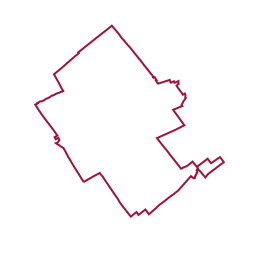 the district of Pechea, Galati, Romania, rotated 228°
{"feature_id": "2599482B54833232986337", "entity_name": "Pechea", "entity_type": "district", "adm_level": 2, "iso_a3": "ROU", "parent_name": "Romania", "parent_adm1": "Galati", "projection": "albers", "projection_center": [27.806, 45.647], "detail": "fine", "context": "isolated", "style": "outline", "palette": "rose", "viewbox_px": 256, "rotation_deg": 228, "n_neighbors": 0, "source": "geoboundaries", "source_scale": "gbopen_adm2", "svg_char_len": 4595}
<svg xmlns="http://www.w3.org/2000/svg" viewBox="0 0 256 256"><g transform="rotate(228 128 128)"><path d="M126.8,60.6L124.3,60.1L120.7,59.4L118.0,59.1L117.6,59.4L117.3,59.8L115.3,69.6L113.6,76.3L113.5,76.9L109.9,76.6L109.3,76.7L97.7,75.0L85.6,73.4L82.3,73.0L78.2,72.1L74.1,71.7L60.3,70.8L59.8,78.1L56.4,77.6L55.8,86.4L49.8,85.8L49.8,91.0L49.7,95.0L49.8,97.2L49.8,100.6L49.3,106.1L49.0,110.9L48.5,116.1L48.3,117.8L48.2,118.2L48.2,118.5L48.2,119.4L48.2,120.1L48.1,120.7L48.0,121.4L48.0,122.2L47.9,122.8L47.9,123.0L48.0,123.5L48.1,125.1L50.1,142.5L49.7,142.7L49.4,142.5L49.3,142.3L48.9,142.4L48.4,142.8L48.0,142.9L47.0,143.1L46.2,143.7L46.1,144.2L46.1,144.4L46.9,144.6L47.1,144.9L47.2,145.1L47.2,146.1L47.8,146.6L47.8,146.9L47.8,147.0L47.8,147.4L47.8,147.8L48.0,148.1L48.6,148.7L48.7,149.0L48.6,149.5L48.7,149.9L49.1,150.2L49.5,150.5L50.7,150.7L51.1,151.9L51.2,152.9L50.2,152.5L49.3,152.5L47.0,152.7L45.7,152.6L44.2,152.5L40.8,152.5L39.5,152.3L40.2,157.1L38.5,176.3L44.8,176.9L45.9,168.9L46.3,166.1L51.9,166.6L53.0,153.2L53.7,153.2L59.9,153.4L60.2,147.0L60.9,144.6L61.5,142.8L61.9,142.5L61.9,142.1L61.8,141.5L61.8,141.1L62.0,140.5L62.4,140.1L66.3,140.5L72.6,140.9L81.8,141.5L84.8,141.8L92.1,142.1L96.7,142.4L101.1,142.8L95.0,161.7L92.3,171.7L111.3,173.7L108.0,183.1L109.3,183.2L110.8,187.4L111.0,188.4L111.6,190.9L111.9,190.8L112.4,191.0L113.3,192.0L113.9,192.6L114.6,193.0L115.1,193.2L115.6,193.3L116.0,191.1L126.9,192.3L127.1,194.7L126.9,195.0L129.1,196.9L130.1,193.8L130.2,193.3L130.4,192.9L130.5,193.0L130.9,193.1L131.1,193.2L131.3,193.2L131.6,193.3L131.8,193.4L132.0,193.4L132.6,191.6L132.8,190.7L133.0,190.2L133.5,190.1L134.0,190.3L134.6,190.6L134.8,190.7L135.2,190.9L135.8,191.2L140.4,181.0L140.5,181.0L140.7,180.8L140.9,180.3L141.0,180.0L141.1,179.9L141.7,180.0L142.2,180.1L143.1,180.2L144.7,180.5L144.4,181.2L147.9,181.8L148.0,181.3L148.1,180.9L148.2,180.7L148.3,180.6L148.5,180.5L148.7,180.4L148.9,180.4L149.1,180.4L149.2,180.5L149.3,180.7L149.5,181.0L150.4,181.2L151.1,181.3L151.6,181.3L152.2,181.3L153.0,181.3L153.7,181.4L155.7,181.5L157.8,181.7L160.2,181.8L164.4,182.0L166.4,182.2L167.6,182.4L168.4,182.4L168.8,182.4L169.3,182.5L170.3,182.6L171.2,182.6L171.4,182.5L172.6,182.5L173.9,182.7L178.7,182.9L182.6,183.2L185.2,183.3L186.2,183.3L187.3,183.4L187.9,183.4L188.6,183.3L188.9,183.3L189.7,183.3L190.1,183.3L191.6,183.4L192.7,183.4L194.3,183.5L195.5,183.6L197.0,183.6L197.6,183.5L198.3,183.5L198.9,183.5L199.6,183.7L199.9,183.7L200.7,183.7L201.3,183.7L201.7,183.8L202.1,183.9L203.2,184.0L203.6,184.0L203.9,184.1L204.5,184.1L205.4,184.2L206.9,184.2L209.5,184.3L211.1,184.3L212.2,184.3L214.8,184.4L215.9,167.8L216.6,156.8L217.5,141.6L216.6,141.5L216.9,131.4L217.0,119.1L217.4,108.9L214.3,108.2L214.1,108.2L207.4,106.6L205.5,106.1L204.1,105.8L202.4,105.4L201.8,105.1L201.0,105.0L199.8,104.8L198.7,104.6L198.8,104.2L198.8,103.8L199.2,103.6L199.3,103.1L199.6,102.8L199.9,102.2L200.1,100.9L200.1,100.7L200.3,100.3L201.5,97.8L201.7,96.9L201.9,95.9L201.9,95.3L202.3,94.8L202.4,93.9L202.6,93.7L203.1,92.9L203.3,90.6L203.7,88.6L204.6,86.3L204.8,83.8L205.1,83.2L205.3,82.5L205.7,81.9L205.6,81.6L206.2,80.9L206.6,80.3L206.8,79.6L206.8,78.6L207.3,77.6L206.7,77.4L207.4,74.7L207.2,74.7L206.5,74.6L205.9,74.5L205.7,74.5L205.6,74.4L205.0,74.3L204.5,74.3L204.4,74.3L203.9,74.2L203.4,74.1L202.5,74.0L202.4,73.9L201.0,73.6L199.9,73.5L198.1,73.3L197.9,73.2L192.9,72.6L192.6,72.6L190.2,72.4L189.9,72.3L189.6,72.3L189.4,72.3L189.0,72.3L188.6,72.2L188.4,72.2L188.2,72.2L187.8,72.2L187.7,72.2L187.1,72.1L186.9,72.1L186.7,72.1L186.1,72.0L185.8,72.0L185.7,72.0L185.4,72.0L185.2,72.0L184.9,71.9L184.5,71.9L184.3,71.9L184.0,71.9L183.9,71.9L183.7,71.9L183.4,71.8L183.2,71.8L182.7,71.8L182.4,71.7L182.2,71.7L181.9,71.7L181.7,71.7L181.4,71.7L181.2,71.7L180.9,71.6L180.6,71.6L180.4,71.6L180.2,71.6L179.9,71.6L179.6,71.5L179.4,71.5L179.2,71.5L178.9,71.5L178.7,71.5L178.6,71.4L178.4,71.4L178.1,71.4L176.2,71.3L175.7,71.2L175.4,71.1L175.0,71.1L174.5,71.0L173.0,70.8L172.9,70.8L172.7,70.8L172.2,70.7L171.9,70.7L171.5,70.6L171.4,70.6L171.0,70.6L170.6,70.5L170.3,70.5L170.1,70.4L169.7,70.4L170.1,68.0L170.3,67.3L168.0,66.8L167.4,69.7L166.5,69.4L165.1,69.1L164.4,66.8L164.5,65.7L164.7,64.7L164.8,64.5L164.9,64.3L164.4,64.4L162.6,64.9L161.6,65.2L160.2,65.5L156.9,66.4L156.5,66.6L156.3,66.6L156.1,66.6L155.4,66.4L154.1,66.1L151.8,65.6L150.3,65.2L150.1,65.1L149.8,65.1L149.7,65.0L149.4,64.9L149.2,64.9L148.8,64.8L148.4,64.7L147.9,64.6L147.3,64.4L144.8,64.0L143.3,63.7L142.6,63.5L141.2,63.2L139.9,62.9L139.1,62.8L137.7,62.5L133.4,61.7L132.3,61.5L128.9,60.9L126.8,60.6Z" fill="none" stroke="#9f1239" stroke-width="2"/></g></svg>